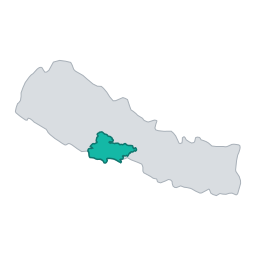 Lumbini on a map of Nepal (Natural Earth projection)
{"feature_id": "NPL-1127", "entity_name": "Lumbini", "entity_type": "Administrative Zone", "adm_level": 1, "iso_a3": "NPL", "parent_name": "Nepal", "parent_adm1": "", "projection": "natural_earth1", "projection_center": [83.543, 27.795], "detail": "fine", "context": "in_parent", "style": "filled", "palette": "teal", "viewbox_px": 256, "rotation_deg": 0, "n_neighbors": 0, "source": "natural_earth", "source_scale": "10m", "svg_char_len": 5001}
<svg xmlns="http://www.w3.org/2000/svg" viewBox="0 0 256 256"><path d="M238.8,144.9L239.9,145.8L240.1,147.3L239.9,149.0L238.8,152.6L237.7,155.1L236.6,160.4L235.6,169.6L235.8,171.3L239.2,176.5L240.5,180.6L240.6,183.4L239.3,188.0L237.8,193.3L237.0,194.5L236.1,194.9L232.0,193.1L229.2,193.3L226.0,194.3L222.7,194.1L219.9,193.5L216.4,195.6L213.0,194.5L210.9,193.2L209.4,189.5L208.8,189.1L201.7,192.9L200.0,193.1L195.6,191.1L192.0,189.0L190.7,188.4L187.2,187.6L184.1,187.2L180.7,185.9L176.4,187.6L174.7,187.4L173.1,186.2L172.3,183.8L172.1,181.5L170.6,179.9L168.4,179.5L165.3,181.0L160.7,182.8L159.3,182.5L157.9,182.0L157.4,181.5L156.8,179.3L156.1,178.8L155.0,178.7L153.1,178.2L150.8,176.6L143.8,172.8L142.9,171.1L142.9,167.3L142.5,165.8L141.7,164.1L138.1,162.5L131.1,159.8L127.2,157.6L125.4,158.6L121.9,159.5L120.0,161.5L117.7,160.8L112.3,158.8L109.3,158.5L107.6,159.2L107.2,160.4L105.0,161.7L102.9,160.6L98.7,159.2L95.1,158.4L89.5,156.7L88.9,154.1L88.0,151.5L86.6,151.1L81.7,151.6L77.2,148.7L72.3,145.1L70.2,143.9L68.8,143.5L67.7,143.9L66.3,144.8L65.1,145.0L62.4,143.5L59.1,141.2L54.9,138.5L50.1,134.6L48.1,132.5L47.2,130.8L46.2,129.3L42.0,126.8L38.7,124.8L34.6,122.4L34.0,122.0L32.5,120.5L30.1,118.7L28.2,118.2L27.6,119.2L27.1,120.2L25.5,120.0L22.9,118.2L20.2,116.3L18.0,114.5L15.9,112.7L15.4,111.3L16.3,107.2L17.6,103.6L18.7,102.8L20.5,100.4L21.1,96.3L21.1,92.8L22.9,87.8L25.3,82.4L29.4,76.8L31.2,74.9L33.1,73.6L36.9,69.4L37.7,68.7L39.3,67.6L41.0,67.3L42.2,67.9L43.4,70.1L44.9,72.2L46.7,72.0L48.9,70.3L53.4,62.1L59.6,60.4L65.5,61.2L70.7,62.4L72.2,65.2L73.2,68.0L73.8,69.5L75.5,71.2L82.9,75.4L87.1,79.1L93.0,84.0L97.4,86.2L101.3,86.4L103.5,88.3L106.8,92.2L109.6,96.7L113.1,100.8L115.6,100.7L118.9,99.3L122.9,97.6L125.3,98.4L127.5,99.6L128.2,101.7L129.5,105.8L131.0,109.9L133.3,111.4L136.0,113.6L137.6,115.3L142.7,118.4L143.4,119.7L144.5,120.6L145.7,121.1L146.8,121.7L148.4,122.0L154.3,120.1L155.9,120.3L156.8,120.7L156.8,121.4L155.8,124.3L154.9,128.1L155.8,129.9L158.3,130.7L163.8,131.3L171.2,131.2L173.5,133.2L175.7,136.0L178.0,140.9L178.9,143.0L180.1,143.6L182.0,142.8L182.3,140.7L182.4,137.8L184.0,136.7L185.0,137.5L186.2,139.8L189.3,141.9L191.6,143.0L193.7,142.6L194.6,141.8L195.6,137.7L197.2,137.1L199.3,137.4L200.2,138.2L201.0,139.8L203.6,140.6L206.1,141.6L208.5,143.0L211.9,146.0L216.1,146.5L220.9,146.5L223.4,146.5L225.3,146.8L227.0,146.6L231.9,144.4L233.9,144.2L236.4,144.5L238.8,144.9Z" fill="#d9dde1" stroke="#a8b0b8" stroke-width="1"/><path d="M122.5,159.0L121.9,159.2L120.6,159.3L120.1,159.6L120.3,160.1L121.1,161.1L121.2,161.4L121.3,161.7L121.3,162.0L121.0,162.1L120.9,162.2L120.7,162.6L120.5,162.4L119.2,161.9L115.4,159.6L113.3,158.8L110.3,158.4L107.7,158.3L107.0,158.6L106.8,158.9L106.8,159.4L106.8,159.7L107.2,160.4L107.2,160.8L107.0,161.2L106.4,162.2L105.9,162.7L105.4,163.0L104.8,163.0L104.1,162.8L103.9,162.5L103.7,162.0L103.4,161.3L103.0,160.9L101.6,159.7L100.6,159.2L97.2,159.3L95.5,158.8L94.2,158.0L93.5,157.8L90.0,157.5L89.4,156.7L89.1,155.5L88.9,153.0L88.5,151.7L88.0,150.8L87.9,150.8L87.9,150.7L88.1,149.7L88.3,149.3L88.4,149.1L88.6,148.9L88.8,148.8L89.1,148.6L89.6,148.4L90.0,148.4L91.4,148.5L92.6,148.1L92.0,147.4L90.7,146.7L90.3,146.4L90.5,146.1L91.4,145.0L92.7,143.8L93.3,143.6L94.0,143.8L94.3,143.8L94.7,143.7L95.0,143.6L95.8,143.1L96.8,142.7L97.0,142.4L97.0,142.0L96.9,141.8L96.7,141.6L96.4,141.4L96.3,141.1L96.2,140.6L96.4,139.5L96.6,138.6L96.9,137.4L97.7,136.7L97.9,136.5L98.0,136.2L98.0,135.8L97.9,135.5L97.3,134.7L97.2,134.4L97.3,134.1L97.5,133.7L97.8,133.4L99.1,132.8L99.4,132.3L101.6,131.9L102.1,132.0L102.6,132.3L104.2,133.7L104.7,134.1L105.1,134.2L105.8,134.2L106.2,134.4L106.8,134.7L107.2,134.9L107.4,135.2L107.6,135.6L107.9,135.9L108.3,136.2L108.7,136.3L109.5,136.4L110.0,136.5L110.4,136.7L110.7,136.9L112.0,138.0L112.2,138.5L112.1,139.1L112.3,139.4L112.5,139.5L112.7,139.4L112.9,139.5L113.3,140.4L112.9,141.2L112.0,141.7L111.0,141.9L110.2,141.6L109.7,141.6L109.3,141.9L109.1,142.3L109.4,142.6L109.8,142.9L110.3,143.2L110.6,142.9L110.9,142.8L111.7,143.0L112.5,143.0L112.9,143.0L113.3,143.2L113.6,143.2L114.6,143.6L114.8,143.6L115.3,143.3L117.6,143.2L118.2,143.3L118.7,143.6L119.5,144.5L119.9,144.7L120.1,144.7L120.8,144.4L121.1,144.4L121.5,144.4L122.2,144.6L122.6,144.7L123.2,144.5L124.5,143.7L125.2,143.6L125.7,143.9L126.7,144.8L127.3,145.2L128.5,145.5L131.0,145.5L132.2,145.7L132.6,146.0L132.8,146.4L132.8,146.8L132.9,147.4L133.0,147.6L133.4,147.9L133.5,148.2L133.5,148.5L133.8,148.7L134.1,148.7L134.4,148.6L134.7,148.2L135.1,147.9L135.6,147.8L135.8,148.1L136.2,148.7L136.4,149.3L136.5,149.7L136.4,150.2L136.2,150.5L135.4,151.1L134.6,150.7L133.9,151.1L133.2,151.7L132.4,152.0L132.0,151.9L131.6,151.9L131.3,151.8L131.0,152.0L130.5,152.8L130.1,153.1L129.7,152.9L129.1,153.7L127.9,155.7L127.6,156.1L126.6,155.4L126.1,155.8L125.4,155.9L123.6,155.6L123.2,155.6L122.8,155.9L122.6,156.2L122.6,156.4L122.9,156.6L123.5,156.6L123.3,157.1L123.1,157.5L123.1,157.9L123.1,158.3L123.0,158.6L122.6,159.0L122.5,159.0Z" fill="#14b8a6" stroke="#0f766e" stroke-width="1.5"/></svg>